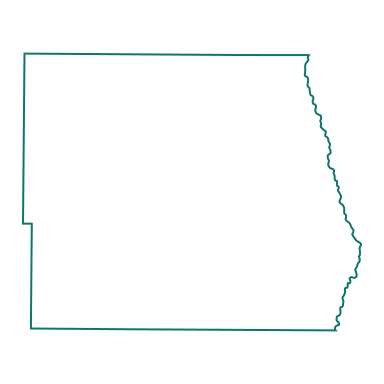 Pembina, North Dakota, United States of America
{"feature_id": "52423323B24684286646871", "entity_name": "Pembina", "entity_type": "district", "adm_level": 2, "iso_a3": "USA", "parent_name": "United States of America", "parent_adm1": "North Dakota", "projection": "albers", "projection_center": [-97.186, 48.772], "detail": "fine", "context": "isolated", "style": "outline", "palette": "teal", "viewbox_px": 384, "rotation_deg": 0, "n_neighbors": 0, "source": "geoboundaries", "source_scale": "gbopen_adm2", "svg_char_len": 2435}
<svg xmlns="http://www.w3.org/2000/svg" viewBox="0 0 384 384"><path d="M30.9,328.5L134.7,329.3L335.6,330.4L334.9,329.5L335.0,327.8L335.3,327.0L335.8,326.3L337.8,325.1L338.7,325.1L339.1,324.4L339.2,323.5L338.5,322.2L337.6,321.6L336.8,320.6L336.6,319.8L336.7,317.4L337.2,316.3L339.4,315.3L340.3,313.9L340.5,312.6L340.5,310.8L340.2,309.7L340.2,308.1L340.7,307.2L342.1,306.9L342.6,306.4L342.9,305.6L343.4,301.3L343.2,300.2L342.5,299.0L342.6,297.6L342.9,296.7L343.7,295.8L344.8,293.3L345.1,291.4L344.8,290.2L345.1,288.4L345.6,287.8L346.9,287.8L347.5,287.4L347.8,285.8L347.5,284.3L348.0,283.1L349.8,283.2L350.1,282.8L350.4,281.8L350.3,280.5L349.7,279.6L349.7,278.3L349.9,277.9L351.7,277.1L354.0,277.9L355.3,277.6L356.2,276.9L356.6,276.2L356.7,275.1L356.1,272.4L355.2,270.0L355.5,269.0L356.8,267.1L357.6,264.2L358.1,263.1L359.2,262.0L359.7,260.6L359.7,258.6L358.9,256.8L359.3,255.7L359.9,255.0L360.0,252.9L359.6,247.9L359.9,246.9L360.8,245.3L361.0,244.6L360.9,243.9L360.4,243.2L356.5,240.8L352.6,235.4L352.3,233.7L353.2,232.7L353.5,230.1L351.5,227.5L350.2,224.2L349.4,223.0L346.3,220.6L345.8,219.8L345.6,219.0L346.0,217.8L346.1,215.7L345.9,214.9L344.4,213.7L344.2,212.8L344.2,207.7L342.8,205.1L340.0,202.8L339.6,202.2L339.5,201.2L341.0,197.4L341.0,196.0L339.0,192.1L338.5,191.7L338.1,190.9L338.0,190.3L338.1,189.6L338.5,189.0L338.8,187.0L338.4,186.5L337.2,185.8L336.9,185.2L337.0,183.0L337.2,181.6L336.8,180.9L335.6,180.6L334.9,179.9L334.7,178.6L334.6,175.9L333.7,173.3L333.7,172.4L334.1,171.3L334.1,170.7L333.8,169.8L332.7,169.0L330.5,168.3L329.3,167.1L328.7,166.1L328.1,164.5L329.0,160.7L327.8,158.2L327.7,155.9L328.0,155.0L329.8,153.9L330.4,153.2L330.6,152.6L330.4,150.0L329.2,147.7L329.3,146.9L329.9,145.6L329.9,143.7L328.5,141.4L328.1,138.6L327.2,137.3L326.0,136.6L325.3,135.9L325.2,135.0L325.9,132.2L325.7,131.5L325.1,130.8L324.0,130.2L321.0,127.3L320.7,126.2L321.0,124.6L321.1,123.4L320.3,120.9L321.0,119.1L321.1,116.5L320.7,115.6L317.2,113.9L316.1,112.9L315.2,110.6L315.3,109.6L316.0,107.1L315.8,105.5L315.2,104.7L313.2,103.7L312.7,102.2L312.7,100.6L313.4,98.9L313.3,97.5L312.9,96.4L310.6,95.0L309.8,92.3L309.7,89.3L309.3,87.9L307.6,86.1L307.5,85.2L308.1,80.5L308.1,78.9L307.8,78.0L307.4,77.1L305.4,76.2L304.9,75.5L304.8,74.2L305.3,70.4L305.1,65.9L305.6,64.0L306.8,62.0L308.1,60.6L308.3,59.4L307.8,57.8L307.9,57.1L308.9,55.1L236.6,55.0L24.5,53.6L23.0,223.6L31.8,223.7L30.9,328.5Z" fill="none" stroke="#0f766e" stroke-width="2"/></svg>